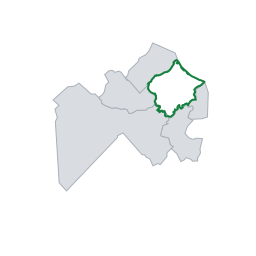 Ivory Coast and the surrounding countries, rotated 229°
{"feature_id": "CIV", "entity_name": "Ivory Coast", "entity_type": "country or territory", "adm_level": 0, "iso_a3": "CIV", "parent_name": "Africa", "parent_adm1": "", "projection": "natural_earth1", "projection_center": [-5.78, 7.538], "detail": "fine", "context": "with_neighbors", "style": "outline", "palette": "green", "viewbox_px": 256, "rotation_deg": 229, "n_neighbors": 5, "source": "natural_earth", "source_scale": "50m", "svg_char_len": 5812}
<svg xmlns="http://www.w3.org/2000/svg" viewBox="0 0 256 256"><g transform="rotate(229 128 128)"><path d="M84.3,150.2L83.7,141.1L80.9,138.7L79.2,128.5L81.7,127.0L83.0,122.0L90.3,124.2L94.4,122.5L97.2,123.0L98.3,121.1L127.5,121.0L129.1,115.0L127.8,114.0L120.9,40.3L131.8,40.1L180.5,77.4L182.2,81.4L190.1,85.2L190.3,90.7L198.3,89.8L198.6,109.5L194.7,115.2L194.1,120.4L177.8,122.5L175.1,125.6L165.8,125.9L164.0,124.3L160.0,125.5L153.2,129.0L151.8,131.7L146.2,135.5L145.2,137.7L142.2,139.4L138.6,138.3L136.7,140.4L135.6,146.2L129.8,153.3L130.0,156.2L128.0,159.8L128.5,164.7L123.7,167.0L122.6,163.4L119.2,164.2L117.9,166.7L109.3,166.1L107.0,163.7L107.4,161.1L106.5,160.1L105.0,161.0L106.8,156.0L101.3,148.2L99.8,148.0L93.7,152.2L87.4,149.0L84.3,150.2Z" fill="#d9dde1" stroke="#a8b0b8" stroke-width="1"/><path d="M168.1,159.2L167.6,161.8L170.7,166.2L171.4,179.1L173.3,182.2L171.7,189.9L172.3,194.1L175.9,202.5L153.7,212.8L147.2,210.4L147.5,207.1L144.3,199.8L146.2,190.2L149.3,183.0L146.3,164.5L146.5,159.7L168.1,159.2Z" fill="#d9dde1" stroke="#a8b0b8" stroke-width="1"/><path d="M68.0,145.8L76.7,148.0L83.9,147.1L84.3,150.2L87.4,149.0L93.7,152.2L99.8,148.0L101.3,148.2L106.8,156.0L105.0,161.0L106.5,160.1L107.4,161.1L107.0,163.7L109.3,166.1L107.8,166.8L107.2,169.7L110.7,180.0L107.3,182.2L107.4,187.5L104.2,187.3L102.7,190.8L100.6,190.7L99.2,188.9L99.7,185.5L96.6,180.3L91.1,181.9L90.3,174.1L86.7,167.5L80.8,167.5L77.1,169.3L75.0,173.5L71.1,177.2L65.1,168.8L61.4,166.0L59.5,160.4L57.4,159.0L60.7,154.9L62.9,155.0L67.6,152.4L67.0,149.6L68.0,145.8Z" fill="#d9dde1" stroke="#a8b0b8" stroke-width="1"/><path d="M106.2,187.5L106.6,194.1L105.0,197.9L112.6,204.4L111.5,215.8L102.1,211.8L84.2,195.2L86.4,190.0L93.1,181.4L96.6,180.3L99.7,185.5L99.2,188.9L100.6,190.7L102.7,190.8L104.2,187.3L106.2,187.5Z" fill="#d9dde1" stroke="#a8b0b8" stroke-width="1"/><path d="M128.5,164.7L128.0,159.8L130.0,156.2L129.8,153.3L135.6,146.2L136.7,140.4L138.6,138.3L142.2,139.4L145.2,137.7L146.2,135.5L151.8,131.7L153.2,129.0L160.0,125.5L164.0,124.3L165.8,125.9L170.5,125.9L169.9,130.0L170.9,133.9L175.1,139.5L175.3,143.6L183.7,145.5L183.6,151.3L182.0,153.9L178.5,154.7L177.0,158.4L174.5,159.4L164.7,158.5L162.4,159.9L146.5,159.7L147.3,170.9L142.3,168.7L138.9,169.0L136.3,171.2L128.5,164.7Z" fill="#d9dde1" stroke="#a8b0b8" stroke-width="1"/><path d="M109.6,166.5L109.8,166.5L110.3,166.3L110.9,165.8L111.3,164.9L112.0,164.2L112.7,164.3L112.9,164.1L113.2,164.1L113.5,164.6L113.8,165.0L114.0,165.0L114.2,165.7L115.5,165.9L116.0,166.1L116.5,166.6L116.9,166.5L117.0,166.4L117.1,166.2L116.9,165.7L117.0,165.3L117.2,164.9L117.5,164.9L118.0,164.8L118.6,164.8L119.0,164.9L119.2,164.5L119.1,163.5L119.1,162.9L119.2,162.5L119.3,162.3L120.0,162.9L120.6,163.1L121.0,163.1L121.0,162.3L121.0,162.1L121.4,162.0L122.2,161.7L122.3,161.8L122.4,162.8L122.4,163.1L122.5,163.8L122.7,164.5L122.5,165.1L122.4,165.5L122.7,165.9L123.3,166.1L123.9,166.2L124.2,165.8L124.5,165.5L124.8,165.2L124.9,164.8L125.3,164.5L126.4,164.2L127.4,164.1L127.6,164.2L128.1,164.8L128.6,165.2L129.5,165.1L130.1,165.4L130.7,165.8L131.1,166.8L131.5,167.5L131.6,168.5L132.3,169.0L132.8,169.2L133.5,169.9L134.2,170.3L134.9,170.2L135.2,170.6L135.8,170.9L136.3,170.9L136.8,170.0L137.4,169.7L139.0,169.1L139.6,168.8L140.3,168.6L141.8,168.5L143.2,168.7L143.9,168.9L144.4,168.8L144.9,169.1L145.4,170.0L145.7,170.2L146.1,170.5L146.4,171.2L146.8,171.8L147.0,172.1L147.4,172.7L147.8,172.8L148.1,172.5L148.3,172.3L148.4,172.7L148.2,173.4L148.2,173.8L148.4,174.0L148.3,174.5L147.9,175.4L147.9,176.0L148.3,176.2L148.6,176.7L148.8,177.7L149.0,178.1L149.0,178.3L149.3,180.7L149.7,183.1L149.5,183.4L149.1,183.5L148.9,183.6L148.9,183.8L149.0,184.2L148.9,184.5L148.5,184.7L147.6,185.5L147.6,185.8L147.3,186.4L147.1,186.8L146.8,187.6L146.4,189.5L146.2,191.1L146.2,191.6L146.0,192.0L145.8,192.5L144.9,193.9L144.4,195.0L144.4,195.5L144.5,196.0L144.3,196.4L144.3,197.3L144.5,198.1L144.6,198.9L145.3,201.2L145.7,202.5L145.9,203.6L146.1,204.3L146.3,204.6L146.4,204.9L147.4,205.1L147.6,205.3L147.9,206.7L147.9,207.4L147.7,207.6L147.7,208.1L147.6,208.8L147.5,209.1L146.9,209.1L146.5,209.4L146.0,209.3L145.9,209.1L145.7,209.0L144.9,208.7L145.0,207.4L144.7,207.4L144.4,207.5L143.8,209.0L143.6,209.3L139.7,208.5L138.9,207.9L137.9,207.8L136.2,207.8L134.7,208.0L134.3,208.4L137.9,208.2L138.3,208.2L138.5,208.4L133.9,208.9L132.2,209.2L131.7,209.1L131.3,208.7L129.4,208.6L129.0,208.8L128.7,209.1L129.5,209.0L130.7,209.0L131.0,209.3L127.3,209.6L124.7,210.3L123.7,210.8L120.1,212.4L117.9,213.2L117.3,213.5L116.3,214.3L115.1,214.8L113.6,215.7L112.8,215.9L112.6,215.6L112.6,214.0L112.4,211.9L112.5,211.1L112.6,210.3L112.6,209.7L113.0,209.5L113.1,209.2L113.2,208.4L113.6,207.6L113.6,206.3L113.7,206.1L113.8,205.7L113.7,204.8L113.4,203.2L113.2,203.2L112.1,202.7L111.4,202.6L110.9,202.1L110.9,201.6L110.7,201.2L110.5,200.6L110.3,199.9L109.6,199.5L108.9,199.3L108.5,199.4L108.0,199.4L107.3,199.2L106.9,198.9L106.5,198.4L106.1,198.0L105.9,198.0L105.5,197.9L105.1,197.7L106.5,195.9L107.0,195.1L107.1,194.6L107.1,194.1L107.2,193.5L107.3,192.8L106.5,189.9L106.3,189.0L106.0,188.7L105.9,188.6L106.3,188.3L106.9,188.4L107.8,188.6L108.0,188.4L108.6,186.9L108.6,186.4L108.5,186.0L108.9,185.0L109.2,184.6L109.4,184.2L109.3,183.6L109.1,183.4L108.8,183.5L108.4,183.3L107.9,183.0L107.6,182.7L107.7,181.4L107.7,181.0L107.9,180.8L108.2,180.7L109.1,180.7L109.8,180.8L110.4,180.9L110.8,180.9L111.0,181.3L111.4,181.7L111.7,181.7L111.8,181.4L111.7,180.1L111.5,179.4L111.1,178.7L109.8,178.2L109.8,177.4L109.9,176.5L110.2,176.2L111.1,175.7L110.9,175.4L110.7,175.1L110.1,174.8L110.2,173.7L110.2,172.8L109.8,172.9L109.3,173.0L108.8,172.7L108.5,172.2L108.4,170.6L108.4,168.9L108.4,168.1L108.5,167.7L108.9,167.3L109.4,166.8L109.6,166.5ZM145.5,209.3L145.3,209.6L144.3,209.4L144.5,209.1L145.5,209.3Z" fill="none" stroke="#15803d" stroke-width="2"/></g></svg>